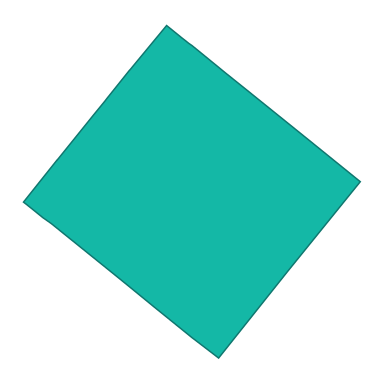 outline of McHenry, Illinois, United States of America, rotated 219°
{"feature_id": "52423323B91863423304632", "entity_name": "McHenry", "entity_type": "district", "adm_level": 2, "iso_a3": "USA", "parent_name": "United States of America", "parent_adm1": "Illinois", "projection": "mercator", "projection_center": [-88.357, 42.325], "detail": "fine", "context": "isolated", "style": "filled", "palette": "teal", "viewbox_px": 384, "rotation_deg": 219, "n_neighbors": 0, "source": "geoboundaries", "source_scale": "gbopen_adm2", "svg_char_len": 562}
<svg xmlns="http://www.w3.org/2000/svg" viewBox="0 0 384 384"><g transform="rotate(219 192 192)"><path d="M67.7,305.9L125.2,305.9L182.2,305.8L221.0,305.7L240.5,305.6L256.7,305.7L259.1,305.7L284.3,305.8L288.0,305.5L297.4,305.4L316.5,305.4L317.1,247.5L317.2,247.4L317.0,211.6L316.9,208.0L317.0,189.4L316.9,144.3L316.9,131.7L317.0,131.7L316.6,78.1L316.2,78.1L308.0,78.2L291.7,78.2L281.4,78.9L281.1,78.9L264.8,78.9L209.4,79.0L187.8,79.0L165.4,78.9L148.9,78.8L100.6,78.8L66.8,79.7L67.7,190.1L67.7,305.9Z" fill="#14b8a6" stroke="#0f766e" stroke-width="1.5"/></g></svg>